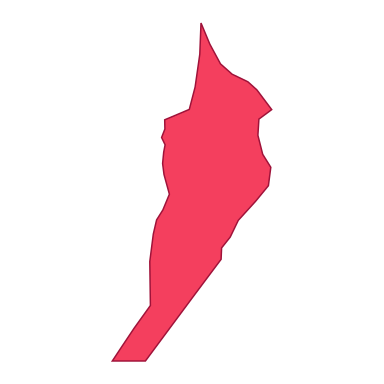 map outline of Mukono (Robinson projection)
{"feature_id": "UGA-3075", "entity_name": "Mukono", "entity_type": "District", "adm_level": 1, "iso_a3": "UGA", "parent_name": "Uganda", "parent_adm1": "", "projection": "robinson", "projection_center": [32.781, 0.341], "detail": "fine", "context": "isolated", "style": "filled", "palette": "rose", "viewbox_px": 384, "rotation_deg": 0, "n_neighbors": 0, "source": "natural_earth", "source_scale": "10m", "svg_char_len": 591}
<svg xmlns="http://www.w3.org/2000/svg" viewBox="0 0 384 384"><path d="M201.0,23.0L209.8,44.1L220.5,63.9L232.1,74.2L247.9,81.8L256.9,89.9L271.7,109.6L258.9,119.1L257.9,135.3L262.7,154.3L270.8,167.3L268.4,185.7L255.5,201.4L238.3,220.3L230.2,237.1L221.6,247.9L221.1,259.3L195.2,293.9L145.4,361.0L112.3,361.0L120.9,348.0L134.2,328.1L150.4,305.5L149.8,261.5L153.3,234.1L156.6,219.9L162.9,209.9L169.4,194.2L164.0,174.5L162.6,163.5L163.7,152.2L165.1,144.8L161.6,137.5L164.9,129.0L164.7,119.8L189.3,109.4L195.1,87.1L199.8,54.2L201.0,23.0Z" fill="#f43f5e" stroke="#9f1239" stroke-width="1.5"/></svg>